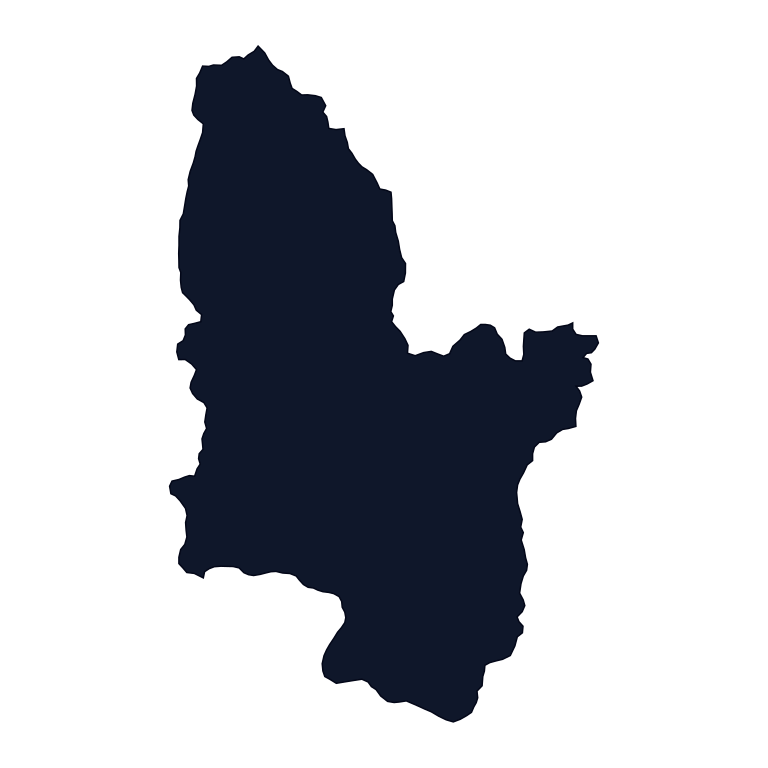 outline of Manhuaçu, Minas Gerais, Brazil
{"feature_id": "56859067B51161796395181", "entity_name": "Manhuaçu", "entity_type": "district", "adm_level": 2, "iso_a3": "BRA", "parent_name": "Brazil", "parent_adm1": "Minas Gerais", "projection": "albers", "projection_center": [-42.103, -20.184], "detail": "fine", "context": "isolated", "style": "filled", "palette": "ink", "viewbox_px": 768, "rotation_deg": 0, "n_neighbors": 0, "source": "geoboundaries", "source_scale": "gbopen_adm2", "svg_char_len": 4040}
<svg xmlns="http://www.w3.org/2000/svg" viewBox="0 0 768 768"><path d="M178.9,557.2L178.9,563.6L182.8,567.8L186.8,572.5L194.3,573.4L203.3,577.9L204.6,571.7L209.1,568.7L214.3,566.7L221.0,566.2L228.3,566.4L233.1,566.5L239.1,567.9L243.9,572.7L248.6,574.7L253.6,575.5L260.1,574.4L266.3,572.8L270.9,571.7L276.0,571.4L282.6,573.0L289.9,573.5L296.2,576.0L299.4,580.1L303.4,584.5L308.1,587.3L313.4,588.0L317.8,590.1L322.9,591.7L328.8,592.4L333.7,593.6L339.1,596.6L341.7,601.5L342.2,607.2L344.8,612.1L345.8,617.6L344.8,622.6L341.4,627.7L337.6,632.2L333.8,638.4L329.7,644.5L326.6,649.9L324.0,655.7L322.2,663.7L322.9,671.0L324.8,676.5L329.7,679.2L336.3,683.3L344.0,682.0L352.7,680.6L361.9,679.2L368.1,682.0L371.4,686.6L376.1,689.6L380.7,696.0L387.6,701.4L394.1,702.5L399.2,702.0L406.3,700.9L413.8,704.1L419.7,706.7L424.9,709.1L431.3,711.8L438.9,716.3L446.2,719.8L453.3,721.9L460.2,719.3L466.7,715.6L471.5,712.3L473.8,706.9L476.2,702.7L477.7,697.8L477.0,691.1L482.1,685.8L482.8,676.5L484.4,671.1L484.9,665.3L489.8,662.6L496.0,660.9L502.6,659.3L510.3,655.5L514.9,645.9L517.3,636.8L522.4,632.8L523.0,626.2L518.9,621.6L517.1,616.9L522.2,611.7L524.8,605.6L523.2,599.9L519.6,593.1L521.0,583.7L523.3,576.0L526.6,570.3L527.4,564.3L525.6,557.8L524.2,549.6L521.2,540.0L523.3,532.6L520.7,527.1L522.2,519.4L520.1,511.7L517.6,503.6L517.1,497.7L516.6,492.5L517.6,484.9L519.9,479.2L523.6,472.7L527.2,464.9L532.6,460.6L532.6,453.7L534.4,447.1L539.2,442.3L545.6,441.8L551.5,439.2L556.7,432.9L562.6,429.4L568.3,428.5L575.9,426.4L575.5,418.4L576.4,410.7L579.2,404.1L581.7,397.1L579.6,391.0L576.0,386.2L581.7,386.1L587.1,384.0L593.0,380.7L590.4,372.2L591.0,364.2L587.9,359.0L583.0,357.6L586.6,353.4L591.4,352.7L594.8,349.2L598.4,342.9L596.1,335.8L588.1,335.8L582.4,335.8L576.1,334.4L572.7,329.1L572.7,322.9L568.1,325.1L562.5,326.1L557.6,327.0L552.2,331.0L543.5,331.9L535.7,332.2L529.2,329.2L524.3,332.9L523.9,338.8L523.4,346.4L523.8,354.4L522.1,360.9L515.4,360.9L510.0,358.1L505.7,354.0L504.8,347.4L502.0,339.3L497.2,334.1L494.6,327.8L490.3,325.2L485.4,324.5L480.7,324.5L476.4,328.0L470.7,331.5L464.3,334.6L460.0,340.1L452.9,346.3L449.6,353.7L443.7,356.2L437.8,354.0L431.3,351.4L423.6,352.6L415.2,355.7L407.5,353.2L408.0,345.3L404.9,338.7L400.1,331.3L395.5,326.6L391.6,321.7L393.4,315.9L390.8,311.6L392.3,305.3L392.3,299.0L394.4,290.0L398.3,284.5L403.7,281.5L405.4,273.1L405.5,263.5L401.6,257.6L399.6,249.4L398.3,241.2L395.7,232.4L394.9,225.7L392.3,220.7L392.1,213.1L391.8,205.1L391.6,198.8L391.0,192.2L385.7,190.1L379.8,189.0L377.2,183.1L372.7,174.4L366.8,169.8L361.9,166.8L358.4,163.2L355.3,159.1L351.9,153.2L348.4,148.7L347.3,142.4L345.0,135.8L344.0,128.7L336.0,129.6L328.8,128.4L327.9,122.1L326.6,116.5L322.8,112.1L325.7,105.7L321.3,97.5L315.4,95.7L307.7,94.8L301.6,95.0L297.4,91.8L292.1,88.4L290.2,83.1L288.4,76.2L282.4,71.5L277.4,69.5L272.5,65.2L268.6,60.0L264.7,52.9L258.1,46.1L254.2,51.3L248.1,55.0L243.8,58.9L239.3,56.8L232.0,57.3L226.7,61.9L221.6,65.3L213.4,65.0L208.9,66.4L202.6,66.1L199.7,73.0L196.5,78.4L196.6,86.1L195.1,94.3L192.8,103.3L192.0,110.4L193.8,115.1L197.9,119.5L203.3,123.8L202.6,132.6L200.3,139.4L198.0,145.7L196.1,151.3L195.1,156.7L193.3,163.0L190.2,171.4L188.2,179.7L188.7,186.0L187.2,191.7L185.8,198.6L184.8,204.8L183.3,213.9L180.0,220.4L179.9,227.7L179.0,236.4L179.0,245.4L178.7,253.6L178.9,260.2L179.0,267.6L180.8,272.5L180.5,280.1L181.2,287.3L182.6,292.7L186.0,296.0L189.6,299.7L193.9,304.8L196.3,310.2L201.6,314.6L200.8,321.7L194.4,323.4L188.6,324.7L185.2,328.9L185.4,335.0L183.1,340.7L177.7,344.1L176.8,351.9L178.8,359.6L185.2,359.5L191.6,364.0L196.5,369.6L194.4,375.2L191.1,382.3L190.1,388.0L192.6,393.5L197.3,399.0L203.9,402.6L207.1,407.9L205.8,415.1L204.8,422.0L206.6,428.5L203.8,433.5L202.0,438.9L202.5,443.9L203.0,449.3L199.2,453.7L198.6,458.7L200.2,464.1L197.1,468.8L194.6,476.2L189.4,475.6L184.6,477.1L178.9,479.5L172.0,481.1L169.6,486.2L170.9,493.7L175.6,495.9L180.1,500.8L185.5,508.4L187.1,515.6L185.6,522.5L186.1,530.1L186.9,537.0L184.8,544.4L180.7,549.5L178.9,557.2Z" fill="#0f172a" stroke="#020617" stroke-width="1.5"/></svg>